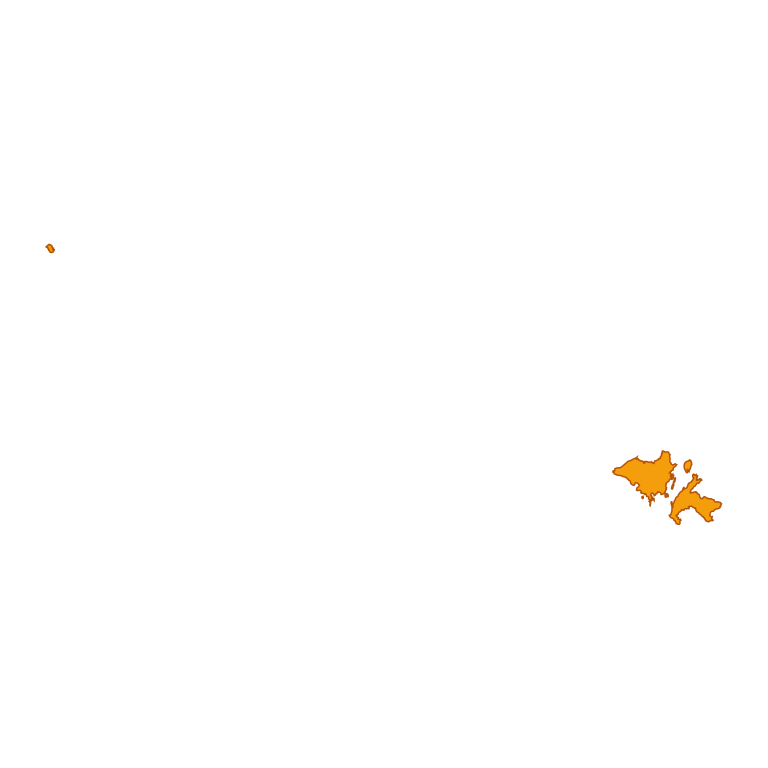 Puntarenas, Puntarenas, Costa Rica (Natural Earth projection), rotated 89°
{"feature_id": "36466004B9758970649099", "entity_name": "Puntarenas", "entity_type": "district", "adm_level": 2, "iso_a3": "CRI", "parent_name": "Costa Rica", "parent_adm1": "Puntarenas", "projection": "natural_earth1", "projection_center": [-85.046, 7.918], "detail": "fine", "context": "isolated", "style": "filled", "palette": "amber", "viewbox_px": 768, "rotation_deg": 89, "n_neighbors": 0, "source": "geoboundaries", "source_scale": "gbopen_adm2", "svg_char_len": 5898}
<svg xmlns="http://www.w3.org/2000/svg" viewBox="0 0 768 768"><g transform="rotate(89 384 384)"><path d="M475.5,97.9L475.0,96.4L473.1,96.3L471.5,94.2L469.8,92.8L469.4,93.7L468.9,94.1L469.1,94.8L469.9,95.9L470.0,97.1L469.1,98.1L467.7,98.7L467.1,99.4L465.1,99.6L463.8,99.2L461.9,99.8L459.6,99.2L458.9,100.1L457.2,100.7L456.7,102.0L457.1,104.2L456.1,105.4L455.8,106.5L456.1,106.9L456.8,106.7L457.7,106.9L457.6,107.2L458.0,107.2L458.2,107.5L458.7,107.3L459.4,107.9L460.4,107.8L461.1,108.4L461.5,108.4L461.9,109.0L463.2,109.1L463.6,110.7L464.2,110.7L464.2,111.2L464.9,112.0L465.6,113.9L465.6,114.5L467.5,115.4L467.6,115.7L468.1,115.6L468.0,116.3L467.1,116.9L467.2,117.8L466.5,118.1L466.9,118.6L466.7,119.9L467.0,120.6L466.4,121.6L466.2,122.8L465.9,123.1L466.3,123.9L466.1,125.0L466.7,125.4L467.4,124.8L467.6,125.6L466.6,126.3L465.8,126.5L465.3,128.3L465.5,128.9L464.9,129.4L464.8,130.3L464.0,130.6L463.8,131.2L463.3,131.2L463.3,133.0L461.5,132.3L462.4,133.5L463.7,136.7L464.8,138.5L464.9,139.5L465.6,141.3L470.7,147.4L471.5,148.7L471.9,150.0L472.0,152.5L472.7,154.6L474.7,154.8L475.1,155.3L475.1,155.7L474.8,155.9L475.0,156.4L476.0,156.7L476.3,156.5L476.5,155.7L477.7,155.5L479.0,152.8L479.9,148.1L480.8,146.5L480.9,145.3L482.1,143.1L484.3,141.1L485.3,139.6L487.1,139.2L488.5,138.4L489.6,136.5L489.7,135.9L489.2,135.2L487.6,134.9L487.2,134.4L487.5,132.3L489.7,130.3L491.5,131.7L492.0,132.7L493.8,133.4L494.5,133.3L494.9,132.8L495.0,132.1L494.7,130.3L494.8,129.6L495.1,129.2L495.9,128.7L497.2,129.1L497.7,128.4L497.8,126.5L499.0,125.1L498.3,124.4L499.4,123.7L501.0,123.3L501.0,122.5L501.7,121.4L503.6,121.4L503.9,120.5L505.3,119.5L505.5,118.9L501.3,118.2L501.0,118.7L500.4,118.5L500.0,119.1L499.2,119.2L497.5,117.9L499.2,115.9L500.4,115.8L500.0,114.9L498.7,114.3L498.5,113.2L496.5,112.1L497.1,111.2L497.0,110.3L497.5,109.5L499.4,108.8L498.5,105.6L497.3,105.5L497.1,105.3L497.2,104.8L495.2,104.2L494.1,103.4L493.4,103.8L492.7,103.2L491.4,104.0L489.9,104.0L489.4,103.6L488.4,103.8L486.9,102.3L486.4,101.0L484.9,100.4L483.2,98.6L481.9,98.8L481.1,99.2L480.1,99.2L479.8,98.9L480.4,98.9L480.3,98.4L479.3,98.3L477.8,99.2L477.8,100.1L476.9,99.4L476.3,98.4L475.5,97.9ZM514.6,52.7L513.7,50.4L512.6,50.1L512.4,49.5L511.2,49.6L509.8,48.6L508.5,49.6L507.7,51.9L507.7,54.6L507.1,55.6L505.6,56.1L505.1,57.8L504.4,59.0L504.4,61.7L503.8,62.4L503.6,63.8L502.9,64.3L502.4,65.1L502.4,66.0L503.0,66.8L504.2,67.5L504.0,69.2L502.4,70.3L500.3,70.6L499.7,71.3L499.1,72.7L498.5,72.7L497.3,73.7L497.2,74.6L497.7,74.8L497.5,75.8L498.1,77.1L497.7,77.9L498.1,78.6L498.0,79.4L498.7,79.8L496.4,79.4L495.1,78.7L493.6,76.9L491.7,75.8L491.4,74.7L488.7,72.8L488.8,71.6L488.4,70.8L485.6,68.7L486.1,67.6L484.4,68.9L484.8,69.2L484.5,70.0L484.8,70.0L485.0,71.5L485.8,71.9L485.8,73.2L484.6,73.2L484.2,72.8L483.5,73.1L482.4,72.2L481.6,72.7L481.2,72.2L481.0,72.5L481.2,73.3L480.0,73.5L480.8,74.4L480.7,75.2L479.8,75.4L479.6,76.1L480.3,76.9L482.0,76.9L482.5,76.8L483.1,76.0L483.6,75.9L483.9,76.4L486.0,77.3L486.0,77.6L487.3,78.5L488.7,81.2L492.5,82.8L493.6,83.8L494.1,85.6L493.0,85.7L492.6,86.0L492.7,86.3L494.2,86.8L494.4,87.2L495.4,87.0L496.5,88.3L497.4,89.7L499.9,91.6L501.4,92.1L502.2,93.5L503.3,94.4L504.6,94.7L506.0,95.8L507.6,96.2L508.8,97.2L509.7,97.1L510.7,97.4L512.2,97.3L513.0,97.7L511.0,97.7L510.3,98.1L507.2,98.3L506.8,98.4L506.8,98.8L508.2,99.1L511.0,98.3L513.1,98.2L516.2,98.4L519.8,99.6L520.3,101.1L522.6,99.7L523.2,97.8L524.2,96.7L525.3,96.4L525.8,95.2L526.6,95.2L527.4,94.5L528.7,94.2L529.0,92.8L529.4,92.5L529.4,91.2L528.6,90.5L526.6,90.7L525.5,89.6L525.1,90.0L524.6,89.8L524.3,90.1L524.6,90.7L524.4,92.2L523.0,91.8L521.6,93.6L521.0,93.6L520.9,94.2L520.5,94.2L520.3,93.2L519.5,92.8L519.4,92.2L517.5,91.6L516.5,89.5L514.9,88.7L514.8,88.4L515.4,87.4L515.4,86.3L514.4,86.0L513.8,84.7L514.2,83.7L513.5,82.0L514.0,81.8L514.0,81.3L512.5,80.9L511.8,81.4L511.5,79.0L511.8,78.0L512.7,77.3L513.4,76.0L513.4,75.0L513.9,75.3L515.0,74.2L516.0,74.2L517.1,73.5L518.4,71.4L519.1,71.2L520.3,69.5L521.2,68.9L522.2,67.7L522.3,67.0L523.2,66.7L523.5,66.1L524.5,65.7L525.1,65.0L525.6,65.1L526.8,64.1L527.1,62.5L527.4,62.2L527.4,61.8L526.2,59.3L526.1,58.7L526.4,58.2L526.1,57.4L525.3,57.8L524.6,58.9L522.3,58.1L522.3,59.3L521.3,60.6L518.5,60.0L517.7,59.5L517.1,58.8L516.9,56.7L515.9,56.0L515.1,54.9L514.7,53.8L514.6,52.7ZM476.8,80.4L475.3,80.2L474.1,79.2L471.2,78.5L469.8,77.7L467.4,78.0L466.4,78.7L466.0,78.6L465.2,79.6L466.4,81.2L466.7,82.7L467.8,84.2L469.2,85.0L470.8,85.4L473.7,85.1L477.4,83.4L477.8,83.0L478.0,82.0L476.9,81.7L475.9,82.3L474.8,82.1L475.0,81.5L476.0,81.3L476.8,80.4ZM244.7,712.4L244.3,711.3L244.0,711.3L244.1,711.9L243.6,712.2L242.4,712.1L242.3,712.4L242.9,712.6L243.1,713.0L240.1,713.6L239.7,714.5L239.1,714.8L239.0,716.1L238.6,716.5L240.5,719.0L241.1,719.4L242.0,717.6L242.6,717.7L243.3,717.3L243.6,716.7L244.7,716.8L245.1,716.0L246.5,715.5L246.7,714.1L246.3,712.6L245.8,712.1L244.7,712.4ZM481.4,97.9L482.7,98.2L484.3,98.0L484.2,97.6L483.3,96.7L482.1,96.3L480.7,96.0L480.8,96.3L480.0,96.8L479.1,96.8L479.6,97.6L480.0,97.6L480.1,97.2L480.3,98.0L480.7,98.3L481.5,98.3L481.4,97.9ZM501.8,102.1L501.0,101.7L499.8,102.0L500.1,102.3L500.6,102.1L500.8,102.5L500.2,103.1L498.6,103.0L498.8,104.2L500.3,105.0L501.7,104.8L502.2,104.3L501.4,103.1L501.8,102.1ZM487.8,95.9L487.6,96.4L488.9,96.5L490.7,97.7L493.4,98.3L494.1,97.9L493.9,97.2L492.9,97.3L492.8,97.0L490.6,96.5L490.4,96.0L489.4,96.2L487.8,95.9ZM486.6,94.9L483.2,94.2L482.9,94.5L483.1,94.8L483.9,95.1L484.3,95.5L487.0,95.9L487.1,95.3L486.6,94.9ZM504.3,115.9L503.1,116.1L503.0,116.8L503.3,117.4L502.2,117.6L502.2,118.0L503.3,118.0L504.5,117.5L504.0,116.9L505.3,116.0L504.3,115.9ZM501.6,126.7L500.8,127.0L501.6,128.2L502.2,128.2L502.2,127.8L503.0,127.2L502.6,126.8L501.6,126.7ZM507.2,119.8L505.7,119.8L505.1,120.5L505.8,120.9L505.8,120.7L507.3,120.1L507.2,119.8ZM510.2,120.0L507.9,119.5L508.0,120.0L509.8,120.3L510.2,120.0Z" fill="#f59e0b" stroke="#b45309" stroke-width="1.5"/></g></svg>